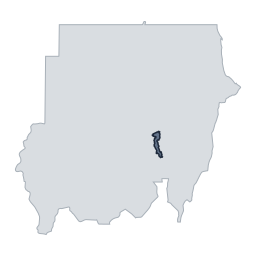 Al Gitaina, White Nile, Sudan (highlighted)
{"feature_id": "16777658B71030870448904", "entity_name": "Al Gitaina", "entity_type": "district", "adm_level": 2, "iso_a3": "SDN", "parent_name": "Sudan", "parent_adm1": "White Nile", "projection": "natural_earth1", "projection_center": [32.426, 14.401], "detail": "fine", "context": "in_parent", "style": "filled", "palette": "slate", "viewbox_px": 256, "rotation_deg": 0, "n_neighbors": 0, "source": "geoboundaries", "source_scale": "gbopen_adm2", "svg_char_len": 5678}
<svg xmlns="http://www.w3.org/2000/svg" viewBox="0 0 256 256"><path d="M180.4,222.0L177.8,222.0L177.6,221.3L177.6,219.4L177.9,218.0L178.8,215.7L178.6,214.5L178.7,212.7L178.0,210.7L172.0,204.9L170.8,203.3L167.5,201.9L168.1,200.2L166.8,188.3L167.4,187.0L167.6,184.9L167.6,183.1L168.4,180.0L168.5,178.7L162.0,178.6L161.9,180.0L162.2,181.4L162.2,182.0L153.3,182.0L156.9,186.7L157.0,188.7L156.8,191.3L156.9,192.9L157.1,194.0L158.0,196.1L158.0,196.5L157.7,197.0L151.4,203.2L150.3,206.1L149.5,207.6L147.6,210.1L141.8,216.7L140.9,217.2L136.5,217.4L136.0,217.6L135.7,217.9L131.7,213.9L125.3,209.2L121.1,211.7L120.0,212.6L119.9,214.8L119.3,216.0L118.2,217.2L115.1,218.0L113.4,218.7L111.5,220.0L109.6,222.1L109.5,223.2L109.7,224.2L98.9,224.1L98.2,223.3L96.7,219.8L95.6,220.1L85.8,219.6L84.4,220.0L81.6,221.4L80.1,221.7L78.7,221.0L73.6,214.1L72.5,213.3L71.3,211.6L70.2,210.9L69.8,210.4L69.7,209.7L69.8,208.1L69.4,207.2L68.6,207.0L61.7,208.6L60.7,208.4L59.2,208.7L58.7,209.0L58.1,209.9L58.0,211.8L57.8,212.7L57.3,213.8L55.3,216.1L54.9,217.1L55.0,219.7L54.8,221.0L54.5,221.6L53.6,222.6L53.3,223.2L53.0,226.5L51.9,228.5L51.6,229.2L51.5,230.6L51.4,231.1L48.2,232.2L47.1,232.9L46.3,234.1L46.2,234.5L44.8,234.1L43.1,233.8L39.8,233.5L38.5,233.0L37.9,232.2L38.1,230.2L37.8,229.7L37.3,229.4L36.9,228.5L37.0,227.5L38.8,225.2L39.1,223.9L39.6,218.1L39.5,216.4L38.2,213.1L35.1,207.5L34.3,206.4L30.4,201.8L30.0,201.1L29.0,199.1L30.1,194.8L30.2,193.7L29.9,192.4L28.9,191.5L28.1,191.4L26.9,190.3L26.1,189.8L25.5,188.8L25.0,187.3L25.4,182.3L25.2,181.6L24.2,181.4L24.0,181.1L24.0,180.1L23.5,177.2L22.9,174.9L23.3,173.6L22.4,171.8L20.8,171.0L17.7,171.6L16.7,171.5L16.1,171.2L15.6,170.5L15.4,169.7L15.6,168.6L16.5,166.4L17.6,164.6L19.9,163.0L20.5,162.2L20.9,161.2L20.9,160.2L20.8,159.0L20.6,158.0L19.9,156.6L19.3,154.9L19.3,153.8L19.6,153.1L20.2,152.1L22.5,150.2L24.8,148.7L25.2,148.1L25.1,147.5L24.0,146.2L23.7,143.8L23.2,142.0L24.3,140.7L25.2,140.3L26.5,139.9L27.1,139.3L27.2,138.3L27.2,137.3L27.7,136.6L28.4,135.0L28.9,134.3L30.7,132.4L31.1,131.2L31.2,130.1L30.7,126.6L31.8,125.1L33.1,123.9L34.9,124.0L37.8,123.7L39.8,123.2L41.2,123.2L44.4,123.9L44.7,123.6L44.9,122.7L45.6,56.3L58.8,56.3L58.9,56.2L59.3,24.7L141.9,24.7L142.6,24.6L143.9,21.7L144.5,21.5L145.3,21.6L145.6,22.3L144.9,24.7L217.0,24.7L217.1,28.3L217.8,31.2L219.8,35.3L221.6,37.5L222.2,38.7L222.3,39.3L222.2,39.8L221.7,39.2L220.8,38.8L220.7,40.7L221.1,44.7L221.9,47.4L221.4,50.0L221.5,54.3L222.4,59.5L222.3,62.8L223.8,70.5L225.3,74.8L226.2,75.9L227.1,76.4L228.8,76.8L231.4,79.0L233.4,81.3L234.2,82.5L235.2,83.8L235.8,83.6L236.2,83.2L236.9,84.3L240.2,86.6L240.6,87.6L239.5,88.7L238.2,90.5L237.5,92.2L237.2,92.7L236.1,93.8L235.9,94.3L235.5,94.6L235.0,94.6L233.9,95.2L232.9,95.0L231.9,95.3L231.5,95.7L230.7,96.1L229.7,96.3L228.0,97.7L226.5,98.4L226.0,98.9L225.3,101.8L224.7,102.5L222.6,102.6L221.5,102.8L220.1,102.5L219.4,102.6L219.2,103.2L218.9,105.6L219.0,106.6L217.8,109.4L218.2,114.6L217.0,118.4L216.8,119.3L215.7,122.4L215.1,123.5L213.6,129.3L213.0,131.0L211.7,132.9L213.1,146.7L212.0,150.9L212.1,153.2L211.4,156.6L210.8,158.1L209.8,160.0L209.0,162.2L208.3,165.0L207.8,170.2L207.6,170.7L203.7,171.4L202.5,171.8L201.7,172.3L200.7,173.7L198.8,177.4L197.7,179.7L196.1,182.8L194.2,185.0L193.8,186.1L193.5,188.1L192.8,191.3L192.2,193.5L192.3,195.3L191.7,198.5L191.8,200.0L191.2,200.8L190.3,201.6L189.7,201.9L187.0,199.7L185.1,201.2L183.9,203.2L183.0,205.3L183.5,209.6L183.5,210.6L183.2,211.6L181.4,215.9L180.9,217.8L180.4,221.2L180.4,222.0Z" fill="#d9dde1" stroke="#a8b0b8" stroke-width="1"/><path d="M158.9,155.7L159.4,156.5L160.1,157.0L160.6,157.4L160.7,157.2L160.8,157.1L161.4,157.2L162.3,157.1L162.4,156.9L162.2,156.8L162.2,156.6L162.1,156.4L161.9,156.1L161.9,155.8L161.8,155.7L161.6,155.6L161.4,155.4L161.6,155.1L161.9,154.7L161.7,154.3L161.8,154.2L161.5,153.5L161.5,153.3L161.4,153.2L161.4,152.9L161.3,152.1L160.8,152.1L160.7,152.3L160.4,152.0L160.5,151.8L160.3,151.7L160.1,151.9L159.8,151.5L159.7,151.4L159.5,151.1L159.4,150.7L159.5,150.6L159.5,150.2L159.1,149.3L159.1,149.2L158.9,148.7L158.7,148.3L158.5,148.0L158.3,147.6L158.5,147.3L158.5,147.2L158.7,146.8L158.8,146.6L158.9,146.3L158.8,146.0L158.7,146.0L158.6,145.9L158.5,145.5L158.4,145.3L158.2,144.9L158.1,144.5L158.0,144.2L158.0,143.7L157.9,143.4L158.0,143.2L157.9,142.8L157.8,142.5L157.7,142.3L157.5,142.1L157.5,141.9L157.2,141.6L157.0,141.4L157.0,141.1L157.0,140.8L157.1,140.5L157.3,140.3L157.4,140.2L157.5,140.1L157.8,140.0L158.2,140.0L158.4,140.1L158.6,140.2L158.5,140.5L158.6,140.4L158.8,140.1L158.8,139.9L159.0,139.5L159.0,139.4L159.2,139.1L159.5,138.7L159.7,138.2L159.8,137.8L159.9,137.6L159.9,137.3L159.9,137.2L159.8,136.7L159.7,136.3L159.7,135.8L159.7,135.2L159.9,134.5L159.9,134.3L159.9,134.0L159.8,133.7L159.4,133.4L159.3,133.1L159.3,132.7L159.5,132.3L159.5,132.0L159.6,131.9L159.2,131.6L158.8,131.4L158.7,131.4L158.6,131.5L158.5,131.4L158.4,131.4L158.3,131.5L158.2,131.8L158.2,132.0L157.5,132.0L157.1,132.0L156.9,132.3L156.4,132.4L156.2,132.6L155.9,132.7L155.8,132.8L155.6,132.8L153.7,133.7L153.7,133.8L153.3,134.0L153.1,134.1L152.9,134.2L152.9,134.5L153.3,134.5L153.3,135.2L153.0,135.3L153.0,135.5L152.9,135.5L152.6,135.5L152.9,135.9L153.2,136.1L153.6,136.3L154.3,136.5L155.1,136.5L155.8,136.7L155.9,137.4L155.7,137.9L155.0,138.0L154.6,138.4L154.6,138.9L154.4,139.2L154.5,139.6L154.0,140.5L154.2,141.0L154.5,141.6L154.4,142.4L154.8,143.1L154.5,143.9L154.3,144.4L154.1,144.9L154.1,145.0L154.3,145.4L154.3,145.7L154.2,146.0L154.8,146.8L155.0,147.1L155.3,148.0L156.7,150.3L156.8,150.8L156.6,151.4L156.4,152.0L156.4,152.8L156.4,153.4L156.7,153.5L157.3,153.1L157.5,153.5L158.4,153.8L158.9,154.2L159.0,155.0L158.9,155.7Z" fill="#64748b" stroke="#1e293b" stroke-width="1.5"/></svg>